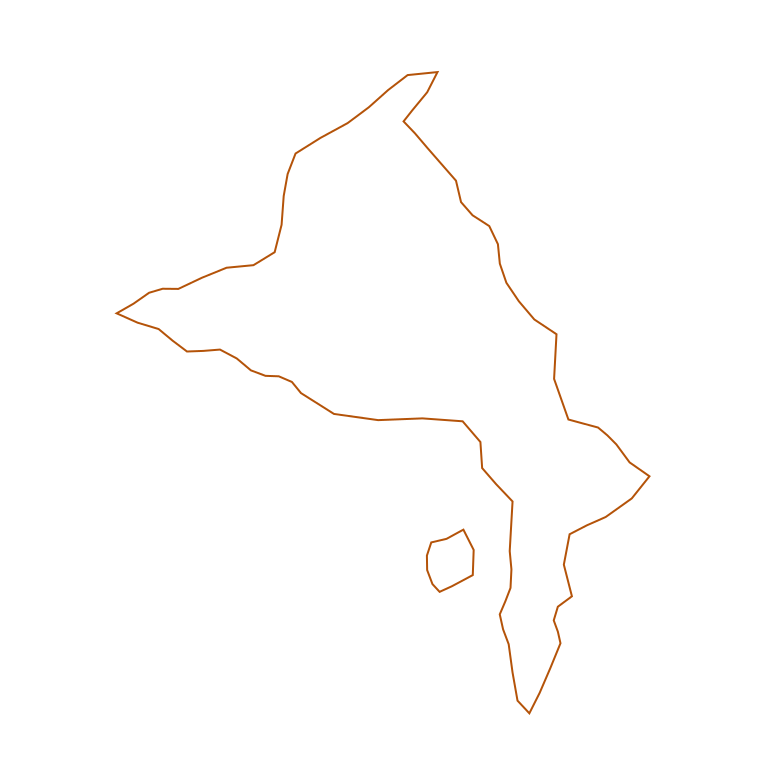 outline of Abşeron, rotated 95°
{"feature_id": "AZE-1690", "entity_name": "Abşeron", "entity_type": "District", "adm_level": 1, "iso_a3": "AZE", "parent_name": "Azerbaijan", "parent_adm1": "", "projection": "mercator", "projection_center": [49.385, 40.295], "detail": "fine", "context": "isolated", "style": "outline", "palette": "amber", "viewbox_px": 768, "rotation_deg": 95, "n_neighbors": 0, "source": "natural_earth", "source_scale": "10m", "svg_char_len": 1338}
<svg xmlns="http://www.w3.org/2000/svg" viewBox="0 0 768 768"><g transform="rotate(95 384 384)"><path d="M205.4,500.3L183.2,498.3L162.1,492.2L144.4,468.8L127.2,442.9L109.7,423.3L90.7,405.4L74.2,387.4L68.6,357.9L89.6,366.4L109.1,379.8L120.7,387.4L131.5,375.1L144.9,361.5L158.1,347.8L175.2,330.0L196.1,323.1L208.2,310.5L217.5,292.9L234.8,282.7L254.0,279.1L272.5,270.9L289.8,256.9L306.6,239.9L319.4,216.5L364.1,215.0L403.3,197.2L406.0,182.3L408.7,167.0L415.7,157.0L423.9,147.3L440.7,132.5L452.8,111.5L476.4,127.2L497.2,151.6L507.0,169.4L517.5,186.0L548.3,189.1L579.1,178.3L590.7,191.4L604.7,194.3L615.6,189.2L626.9,185.6L652.4,193.5L678.1,202.0L699.4,210.5L687.8,223.4L660.2,230.8L632.4,237.1L618.0,244.0L603.4,248.6L590.0,244.2L576.1,240.2L557.6,240.9L539.5,244.2L489.8,245.7L474.0,263.6L459.2,278.9L433.4,282.9L414.3,302.4L414.9,342.7L420.5,386.7L418.2,431.2L400.3,465.9L390.0,475.9L385.5,489.5L386.2,502.8L382.0,517.8L371.4,532.9L364.0,550.4L366.8,567.0L368.8,583.1L359.3,598.3L348.9,613.3L344.4,634.8L336.9,656.5L325.8,640.5L313.6,626.0L308.4,612.8L307.2,597.2L294.0,574.6L281.9,551.0L277.0,524.4L262.2,504.4L234.3,499.9L205.4,500.3ZM551.2,326.3L537.7,323.1L532.8,308.2L523.8,294.7L522.2,292.2L541.5,280.2L566.6,278.9L579.6,298.8L586.2,310.5L579.1,318.3L565.6,324.8L551.2,326.3Z" fill="none" stroke="#b45309" stroke-width="2"/></g></svg>